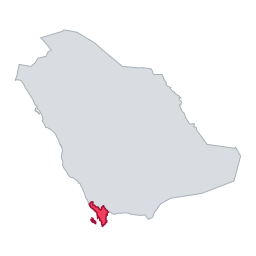 location of Jizan within Saudi Arabia
{"feature_id": "SAU-887", "entity_name": "Jizan", "entity_type": "Region", "adm_level": 1, "iso_a3": "SAU", "parent_name": "Saudi Arabia", "parent_adm1": "", "projection": "robinson", "projection_center": [42.341, 17.347], "detail": "fine", "context": "in_parent", "style": "filled", "palette": "rose", "viewbox_px": 256, "rotation_deg": 0, "n_neighbors": 0, "source": "natural_earth", "source_scale": "10m", "svg_char_len": 7033}
<svg xmlns="http://www.w3.org/2000/svg" viewBox="0 0 256 256"><path d="M201.7,193.4L171.6,198.1L170.0,198.6L160.6,203.9L154.3,212.7L152.8,216.9L152.0,217.6L150.7,218.4L149.6,219.0L147.7,218.9L145.6,215.7L145.0,215.0L144.5,215.0L140.5,215.4L132.1,214.5L130.7,214.3L128.8,213.2L128.4,213.0L127.9,213.0L123.5,212.9L121.3,213.3L119.3,213.1L117.1,213.3L116.3,213.8L115.5,213.7L115.0,214.1L114.5,214.3L114.0,214.0L113.3,214.0L112.3,213.8L111.6,213.1L111.0,212.4L110.4,212.1L109.7,211.9L109.1,211.9L108.3,212.3L107.8,212.6L106.6,213.8L106.6,214.3L107.1,215.0L107.0,215.3L106.2,215.8L106.0,216.9L105.9,217.5L105.8,219.0L106.1,220.2L106.6,220.7L106.6,221.2L106.3,222.2L105.7,222.5L105.2,223.5L104.9,223.9L104.4,224.4L102.4,226.1L102.3,225.1L101.6,223.7L101.6,222.6L101.3,221.6L100.7,220.8L99.7,219.9L99.6,218.8L98.8,217.7L97.9,216.8L97.3,215.1L96.9,212.9L94.3,210.0L91.0,207.3L90.0,205.8L88.4,202.7L87.5,200.2L85.4,197.4L85.3,196.3L84.9,195.0L84.4,193.5L84.1,192.4L81.9,187.3L81.2,186.5L80.6,185.3L80.5,184.5L80.3,184.0L78.7,183.1L77.3,181.0L73.0,177.6L70.8,177.3L69.2,176.1L67.9,174.5L66.6,171.7L64.3,168.8L62.4,164.6L63.0,163.1L63.0,162.0L62.4,160.2L61.7,158.8L61.3,157.5L61.6,155.6L61.8,153.5L62.2,152.3L62.5,151.1L62.1,148.6L61.5,147.3L61.5,146.4L60.8,146.0L60.2,145.0L60.8,145.0L59.7,143.7L59.3,142.9L58.9,141.1L58.3,139.7L56.6,136.6L55.8,134.7L53.9,132.2L51.9,130.4L50.6,129.5L50.0,128.8L48.9,128.8L47.8,127.7L47.0,127.6L45.9,127.5L44.8,125.4L43.8,123.4L42.1,120.9L42.5,120.2L43.0,119.1L42.8,117.7L42.6,116.7L41.8,115.0L39.4,110.6L38.8,110.0L37.8,109.3L37.2,107.4L36.9,105.7L35.2,104.9L32.4,98.8L30.8,96.6L30.2,95.2L28.3,92.8L27.4,90.5L25.5,88.3L23.9,84.6L21.3,80.8L20.3,80.2L17.6,79.9L16.5,79.6L15.4,80.4L15.4,79.4L16.1,78.0L17.2,74.9L17.4,72.3L19.2,64.4L30.4,66.4L31.0,66.3L35.3,62.6L37.8,58.4L38.4,58.0L45.9,56.4L46.1,56.2L47.7,52.4L47.9,52.2L48.1,52.0L51.4,50.1L46.2,43.8L40.8,37.7L61.9,31.5L62.3,31.3L63.9,29.9L73.1,31.5L76.7,32.2L77.9,32.7L94.6,42.9L102.8,50.2L122.3,66.3L122.5,66.4L139.9,68.0L141.8,67.6L146.6,68.2L151.3,68.9L152.3,70.8L152.7,72.1L153.0,73.4L153.9,74.6L158.0,74.5L162.1,74.5L162.7,75.7L163.0,76.8L164.1,79.6L165.7,81.8L166.1,82.5L166.4,83.7L166.1,84.2L166.0,84.7L167.2,85.9L169.1,86.9L169.9,87.1L170.8,87.6L170.1,88.3L171.3,89.8L172.6,91.5L174.0,91.8L176.0,94.3L178.9,95.8L180.7,97.9L180.0,97.7L179.3,97.5L179.1,97.7L179.2,98.6L179.4,99.6L180.3,100.5L181.1,101.1L181.4,102.3L180.8,104.9L180.6,104.9L180.2,104.7L179.7,104.6L179.5,104.8L180.1,106.6L180.6,108.1L181.3,109.2L181.8,110.9L182.3,111.6L184.2,113.3L184.8,114.8L185.4,117.5L186.6,119.1L187.2,120.3L188.1,121.3L188.6,122.6L189.4,123.7L189.8,123.9L190.4,124.0L191.2,124.1L192.1,123.8L193.1,123.5L193.8,124.1L194.6,124.0L194.7,124.5L194.2,125.1L193.6,126.8L194.5,127.1L195.4,127.2L196.0,127.5L196.3,127.5L196.4,127.9L196.4,129.5L196.6,130.1L207.2,144.4L234.7,148.3L234.9,148.2L235.6,147.2L240.6,156.0L234.0,181.0L201.7,193.4ZM93.6,221.9L94.4,221.9L94.0,221.5L94.0,221.3L94.3,220.8L95.5,221.9L95.5,223.3L95.4,223.7L95.1,223.4L94.9,223.1L94.8,222.7L94.5,222.4L93.3,222.6L92.6,222.2L91.5,221.1L91.3,220.2L91.7,220.1L92.1,219.6L92.4,219.0L92.2,218.3L92.8,218.4L93.1,219.1L93.2,220.7L93.3,221.1L93.1,221.4L93.6,221.9ZM39.2,113.9L38.9,113.9L38.2,113.0L37.7,112.4L37.3,112.0L35.3,111.1L35.0,110.6L35.3,110.0L35.5,110.6L35.9,110.9L37.6,111.7L39.5,113.3L39.8,113.5L39.2,113.9ZM36.0,109.7L35.9,109.9L35.4,109.5L35.5,108.5L35.9,108.0L35.8,108.7L36.0,109.5L36.0,109.7Z" fill="#d9dde1" stroke="#a8b0b8" stroke-width="1"/><path d="M106.6,222.2L106.6,222.3L106.5,222.5L106.3,222.5L105.9,222.4L105.6,222.3L105.4,222.6L105.4,222.8L105.4,223.1L105.1,223.9L105.0,224.1L104.7,224.3L104.2,224.6L103.7,224.7L103.5,224.8L103.5,225.0L103.5,225.3L103.5,225.5L103.2,225.8L102.8,225.9L102.3,226.1L102.3,225.7L102.2,225.5L102.3,225.1L102.3,224.9L101.7,224.2L101.6,223.7L101.6,223.2L101.7,222.6L101.7,222.4L101.4,222.1L101.3,221.9L101.4,221.7L101.1,221.2L100.9,220.9L100.6,220.6L100.2,220.3L99.9,220.4L99.6,219.8L99.7,219.3L99.6,219.1L99.6,218.5L99.6,218.3L99.5,218.2L99.4,218.1L99.3,217.8L99.1,217.8L98.8,217.8L98.7,217.8L98.6,217.7L98.4,217.5L98.3,217.1L98.2,216.5L98.2,216.4L97.6,216.0L97.6,216.3L97.9,216.8L97.6,217.0L97.8,217.8L97.6,218.0L97.6,217.7L97.6,216.9L97.5,216.6L97.4,216.1L97.2,214.5L97.1,214.2L97.1,213.9L97.1,213.3L97.1,213.0L97.0,212.8L97.0,212.7L96.9,212.6L96.7,212.6L96.6,212.4L95.4,211.2L95.2,211.2L95.0,210.8L94.8,210.5L94.8,210.3L94.7,210.2L94.4,210.2L94.2,210.0L94.2,209.9L93.7,209.4L93.5,209.5L93.4,209.3L93.0,208.8L92.9,208.7L92.3,208.1L92.0,208.2L91.6,207.9L91.4,207.9L91.3,207.6L91.1,207.4L90.9,207.2L90.6,207.0L90.2,206.3L90.1,206.1L90.2,205.8L90.2,205.7L89.9,205.7L89.9,205.4L89.5,204.9L89.3,204.7L89.4,204.4L89.5,203.8L89.6,203.6L89.8,203.4L90.0,203.2L90.7,202.8L90.9,202.6L91.0,202.4L91.2,201.9L92.4,201.8L92.9,202.0L93.0,202.2L93.0,202.4L93.0,202.6L92.8,204.1L92.8,204.4L92.8,204.7L92.9,205.0L93.1,205.2L93.3,205.3L94.0,205.2L94.3,205.2L94.5,205.3L94.8,205.5L95.0,205.8L95.2,206.2L95.3,206.5L95.5,206.8L96.0,207.0L97.7,207.0L97.9,207.1L98.3,207.3L98.5,207.5L98.6,207.8L98.7,208.0L98.8,208.3L99.0,208.6L100.0,209.8L100.3,210.0L100.5,210.1L100.9,210.0L101.1,209.8L101.2,209.6L101.7,207.5L101.9,207.0L102.1,206.8L102.3,206.6L102.7,206.2L103.2,205.9L103.3,205.8L103.7,205.9L103.9,206.1L103.9,206.4L103.9,206.9L104.0,207.2L104.1,207.5L105.0,208.3L105.3,208.5L105.4,208.8L105.8,209.6L105.9,209.8L106.1,210.0L106.9,210.3L107.2,210.5L107.4,210.8L108.3,212.3L107.8,212.6L106.9,213.5L106.4,214.2L107.0,214.5L107.3,214.9L107.2,215.2L107.0,215.3L106.8,215.4L106.5,215.5L106.2,215.7L106.2,215.9L106.2,216.2L106.1,216.5L105.9,217.0L105.9,217.4L106.0,217.6L106.0,217.9L106.0,218.2L106.0,218.4L105.8,218.9L105.7,219.2L105.8,219.4L106.0,219.9L106.1,220.4L106.3,220.5L106.7,220.6L106.8,220.7L106.9,220.8L106.9,221.0L106.7,221.2L106.5,221.3L106.4,221.6L106.4,221.8L106.5,221.9L106.6,222.2ZM95.7,222.0L95.7,222.4L95.6,222.6L95.6,222.9L95.7,223.2L95.6,223.5L95.4,223.5L95.1,223.1L94.8,223.0L94.6,223.0L94.5,222.8L94.8,222.7L95.0,222.5L94.9,222.3L94.6,222.1L94.3,222.2L94.0,222.2L93.8,222.3L93.6,222.4L93.4,222.5L93.2,222.4L93.0,222.2L92.8,222.0L92.5,221.9L92.2,221.7L91.9,221.2L91.8,220.8L91.6,220.7L91.4,220.7L91.3,220.3L91.1,220.1L91.0,219.8L91.0,219.6L91.3,219.7L91.4,219.9L91.8,220.1L92.1,220.4L92.2,220.5L92.2,220.8L92.2,221.0L92.4,221.2L92.6,221.4L92.7,221.5L93.1,221.4L93.2,221.6L93.4,221.7L93.6,221.6L93.8,221.6L93.9,221.8L94.1,221.8L94.4,221.7L94.1,221.6L93.9,221.4L94.1,221.1L94.1,220.8L94.2,220.6L94.4,220.6L94.5,220.7L94.8,220.9L94.8,221.1L95.0,221.4L95.0,221.5L95.3,221.8L95.7,222.0ZM92.8,220.9L92.6,220.8L92.5,220.5L92.2,220.2L92.0,219.8L91.9,219.7L92.0,219.5L92.3,219.5L92.5,219.5L92.6,219.3L92.7,219.1L92.8,219.1L92.9,218.9L92.8,218.6L92.7,218.5L92.5,218.4L92.4,218.4L92.2,218.4L92.1,218.2L92.6,218.3L92.8,218.4L93.0,218.6L93.1,219.0L93.1,219.3L93.0,219.5L93.1,219.8L93.4,219.9L93.5,220.1L93.1,220.1L93.0,220.3L93.0,220.5L93.3,220.6L93.6,220.8L93.7,221.1L93.7,221.3L93.4,221.1L93.0,220.9L92.8,220.9Z" fill="#f43f5e" stroke="#9f1239" stroke-width="1.5"/></svg>